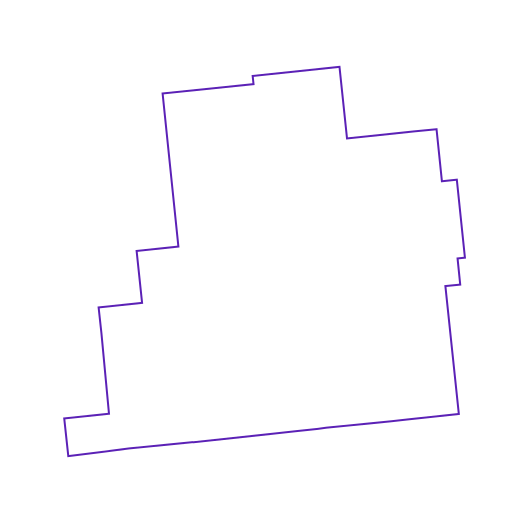 outline of Fallon, Montana, United States of America, rotated 84°
{"feature_id": "52423323B16116939849770", "entity_name": "Fallon", "entity_type": "district", "adm_level": 2, "iso_a3": "USA", "parent_name": "United States of America", "parent_adm1": "Montana", "projection": "robinson", "projection_center": [-104.352, 46.283], "detail": "fine", "context": "isolated", "style": "outline", "palette": "violet", "viewbox_px": 512, "rotation_deg": 84, "n_neighbors": 0, "source": "geoboundaries", "source_scale": "gbopen_adm2", "svg_char_len": 559}
<svg xmlns="http://www.w3.org/2000/svg" viewBox="0 0 512 512"><g transform="rotate(84 256 256)"><path d="M148.6,85.7L148.6,153.2L76.6,153.2L76.6,240.5L84.8,240.5L84.6,331.9L238.5,332.2L238.5,374.2L290.7,374.2L290.7,417.9L316.9,417.8L397.5,418.7L397.5,463.7L435.4,463.6L434.8,430.9L434.1,402.5L434.5,338.5L434.7,337.9L434.5,257.7L434.4,234.7L434.4,225.8L434.4,212.8L434.1,204.0L434.5,138.9L434.4,122.8L434.3,70.8L305.7,70.8L305.8,55.9L279.5,55.8L279.5,48.4L201.1,48.3L201.1,63.3L148.8,63.2L148.6,85.7Z" fill="none" stroke="#5b21b6" stroke-width="2"/></g></svg>